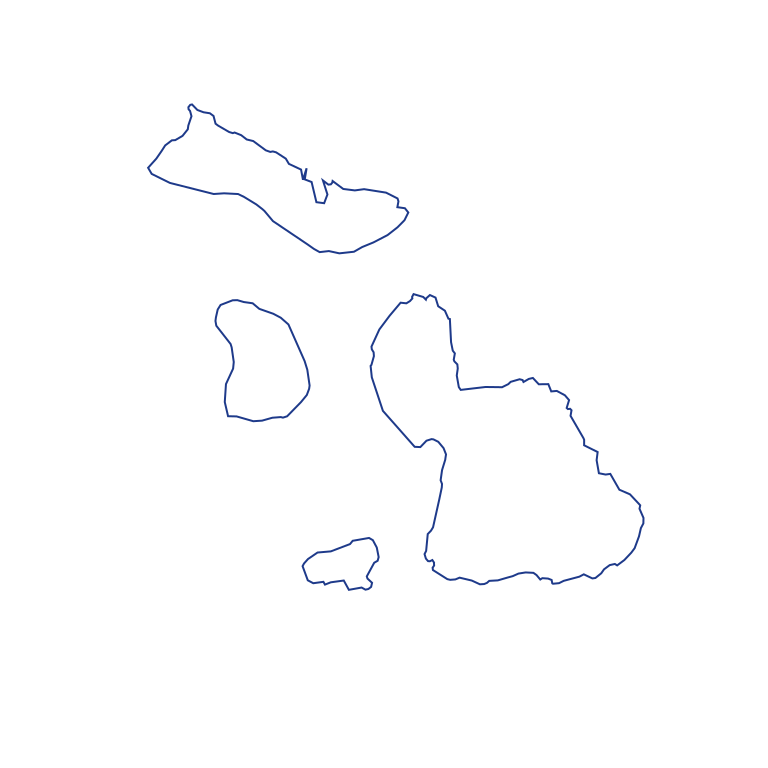 Maui, Hawaii, United States of America (Equal Earth projection), rotated 17°
{"feature_id": "52423323B70973006487009", "entity_name": "Maui", "entity_type": "district", "adm_level": 2, "iso_a3": "USA", "parent_name": "United States of America", "parent_adm1": "Hawaii", "projection": "equal_earth", "projection_center": [-156.639, 20.866], "detail": "fine", "context": "isolated", "style": "outline", "palette": "blue", "viewbox_px": 768, "rotation_deg": 17, "n_neighbors": 0, "source": "geoboundaries", "source_scale": "gbopen_adm2", "svg_char_len": 3539}
<svg xmlns="http://www.w3.org/2000/svg" viewBox="0 0 768 768"><g transform="rotate(17 384 384)"><path d="M361.1,351.9L362.2,354.4L364.8,356.7L366.2,360.3L366.4,369.4L365.9,370.6L370.4,381.2L390.8,410.0L431.7,435.1L437.2,433.7L441.2,425.8L445.6,422.8L447.5,422.5L452.8,423.4L459.7,427.9L463.9,433.2L464.4,436.8L464.7,438.5L464.7,449.4L466.3,459.5L468.7,462.6L469.5,466.0L470.6,478.2L472.8,506.7L471.8,510.6L469.7,514.7L473.1,531.3L472.5,534.8L475.1,538.7L477.9,540.5L479.7,540.1L481.7,538.2L484.1,540.2L484.3,541.1L485.0,542.9L484.2,545.5L485.2,547.6L501.6,552.1L504.6,551.9L509.4,550.0L512.9,547.1L525.4,546.3L534.3,547.5L538.3,546.0L540.6,544.1L542.2,541.5L550.3,538.5L558.7,533.0L563.3,530.1L568.0,526.0L574.5,522.8L582.1,520.9L585.7,522.1L590.6,525.3L592.2,523.4L597.8,522.1L601.6,522.4L603.2,525.4L604.0,525.6L609.6,523.3L613.4,519.7L627.2,511.1L630.7,507.6L640.1,509.0L642.9,507.7L647.1,501.5L648.6,496.9L652.8,491.2L657.4,488.6L660.0,489.3L665.3,482.1L669.8,473.0L671.7,467.7L672.4,455.1L671.8,446.7L672.8,441.5L671.3,436.2L664.8,428.6L664.5,425.1L651.5,417.6L640.0,416.3L626.7,403.8L622.4,405.8L615.6,406.5L609.6,394.7L608.2,386.6L593.3,384.1L591.7,378.8L590.6,377.5L571.7,359.9L571.0,354.3L569.2,353.3L567.2,354.2L565.7,353.5L565.7,345.3L560.3,341.9L551.3,340.1L546.1,342.2L541.2,336.1L532.1,339.0L524.6,334.7L521.0,336.8L516.8,341.3L515.4,339.7L512.3,339.8L504.5,344.9L502.9,347.8L497.8,352.6L494.2,353.6L481.9,357.2L469.8,362.5L459.1,367.2L456.7,365.3L456.4,365.0L451.1,354.6L450.0,347.6L448.4,343.8L444.7,341.8L443.6,340.4L442.8,334.0L440.0,332.0L435.9,324.4L428.0,302.6L426.5,302.7L420.8,296.1L413.1,293.8L411.1,290.9L408.0,286.3L401.9,285.5L399.4,289.6L399.4,291.1L396.1,289.3L386.0,289.4L385.4,292.5L386.1,293.9L384.6,297.1L381.8,300.3L376.1,301.4L369.4,317.1L363.6,333.2L361.1,351.9ZM224.2,197.2L213.1,194.0L209.7,194.1L207.4,195.3L202.6,195.1L187.9,189.9L181.2,190.3L174.7,187.8L167.6,187.2L166.1,188.3L162.2,188.3L149.8,185.4L146.8,184.3L142.6,177.5L138.3,176.0L132.0,176.9L125.4,176.5L118.7,172.8L117.1,173.7L116.0,176.5L116.8,178.4L118.7,179.6L121.6,184.2L121.3,194.0L121.9,197.8L118.8,205.6L113.1,211.8L109.9,213.0L105.0,219.8L103.2,226.2L100.4,235.0L95.2,246.2L100.4,251.0L120.5,254.3L165.6,252.1L175.3,248.4L188.9,245.0L195.4,246.0L209.4,249.6L216.5,252.3L219.1,253.5L230.2,260.7L250.5,266.9L270.2,272.9L277.5,275.3L283.9,276.7L292.4,273.0L303.1,272.1L316.6,266.3L323.1,259.4L332.5,251.7L343.9,240.5L351.1,230.2L355.7,221.4L357.1,212.9L352.6,209.8L345.1,211.0L344.4,205.1L342.7,202.6L330.0,200.4L308.0,203.5L299.5,207.4L288.0,209.4L275.5,204.9L275.7,206.5L274.8,208.6L272.5,209.6L266.1,207.2L274.5,219.3L273.9,228.6L266.2,229.9L255.7,212.0L248.4,211.5L246.9,200.3L246.8,212.4L242.0,203.2L228.7,201.3L224.2,197.2ZM203.2,361.4L203.8,369.5L204.4,373.0L206.6,377.3L225.6,390.6L227.6,393.5L233.9,406.9L235.2,413.4L232.9,430.3L237.0,447.8L244.3,460.4L252.5,458.1L269.9,457.8L278.1,454.7L287.1,448.9L295.0,445.8L297.2,445.7L300.8,443.2L309.9,425.6L313.4,417.1L313.8,410.5L313.3,407.2L306.5,392.8L301.4,385.3L275.2,355.0L265.9,350.8L257.6,349.2L242.8,348.6L234.8,345.2L226.0,346.6L219.2,346.7L214.8,348.2L204.6,356.2L203.2,361.4ZM360.0,579.0L359.4,582.0L368.5,594.0L374.6,595.2L383.9,590.9L386.2,593.1L391.1,589.2L403.0,583.7L410.6,591.1L422.1,585.2L426.4,586.1L429.0,584.6L431.0,581.8L430.7,577.6L425.1,574.9L423.8,573.0L426.9,557.8L429.6,554.9L429.5,551.1L424.9,542.5L419.0,536.6L414.7,535.6L399.9,543.1L398.3,547.0L382.1,559.6L369.7,564.6L362.5,573.6L360.0,579.0Z" fill="none" stroke="#1e3a8a" stroke-width="2"/></g></svg>